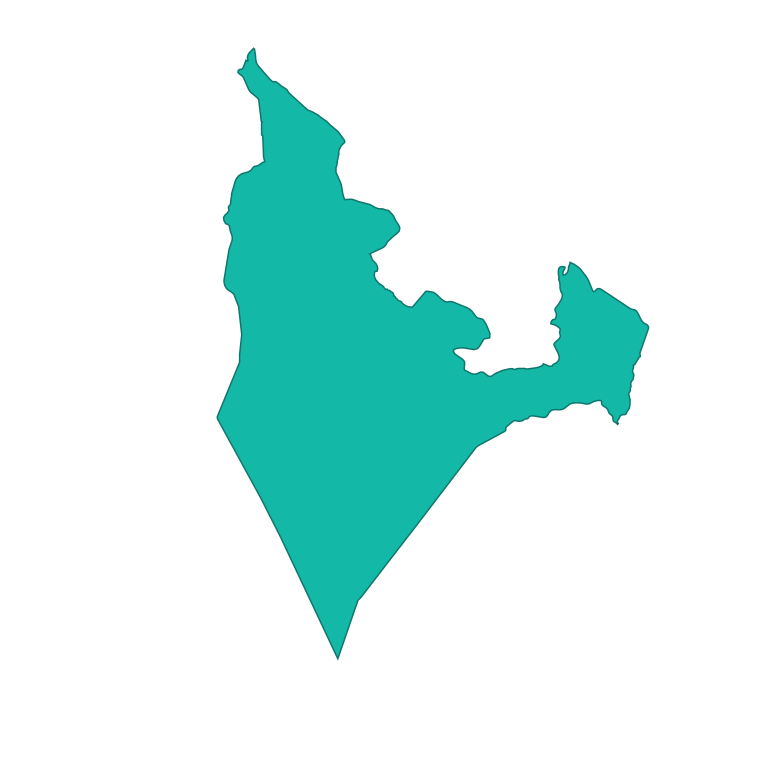 the Administrative State of Somali, rotated 109°
{"feature_id": "ETH-3134", "entity_name": "Somali", "entity_type": "Administrative State", "adm_level": 1, "iso_a3": "ETH", "parent_name": "Ethiopia", "parent_adm1": "", "projection": "mercator", "projection_center": [42.488, 7.246], "detail": "fine", "context": "isolated", "style": "filled", "palette": "teal", "viewbox_px": 768, "rotation_deg": 109, "n_neighbors": 0, "source": "natural_earth", "source_scale": "10m", "svg_char_len": 6171}
<svg xmlns="http://www.w3.org/2000/svg" viewBox="0 0 768 768"><g transform="rotate(109 384 384)"><path d="M658.8,338.2L562.7,431.7L532.5,462.8L475.9,524.9L471.0,530.2L469.2,531.0L410.8,527.6L408.6,528.2L403.2,530.1L383.6,534.6L358.3,546.6L348.5,554.7L348.0,555.3L347.6,556.0L346.8,558.1L345.7,562.4L344.7,564.4L342.8,566.5L340.5,568.0L337.9,569.1L307.5,574.3L297.5,574.4L295.5,574.9L293.3,576.0L289.8,578.8L285.5,581.4L284.4,582.4L283.9,583.6L284.0,585.5L283.7,586.3L282.8,587.0L282.0,588.2L278.9,589.9L276.2,589.4L273.5,587.9L270.5,587.0L267.9,588.5L267.0,588.7L266.1,588.5L264.5,587.8L263.5,587.8L258.6,589.0L256.9,589.1L253.8,590.0L240.6,590.7L237.3,590.3L234.3,589.1L231.6,587.0L227.6,581.4L226.0,579.9L225.0,579.3L222.0,578.3L220.9,577.7L220.3,577.1L219.2,575.2L217.7,573.5L214.0,570.9L212.6,569.1L208.7,571.7L189.1,579.3L188.7,579.6L188.4,580.6L188.0,580.9L176.9,584.8L176.7,584.8L176.3,584.6L175.7,584.6L175.7,584.8L175.7,585.2L175.5,585.6L156.0,595.0L154.8,596.5L151.9,604.3L150.8,606.3L149.6,607.8L140.7,616.0L139.1,617.9L137.8,622.0L136.7,623.7L134.8,623.8L133.8,623.1L133.3,622.3L133.0,621.4L132.4,620.7L130.5,620.1L122.8,619.9L123.4,618.7L123.1,618.1L122.3,618.0L119.5,619.6L117.1,619.7L114.7,619.2L109.2,616.6L109.9,616.0L109.5,615.5L114.5,612.8L119.8,610.5L122.2,608.9L124.2,606.4L132.6,591.9L134.4,588.0L133.6,585.5L133.5,584.2L133.8,583.0L135.8,577.7L137.1,572.2L137.5,571.4L139.8,568.6L149.5,546.0L149.8,544.4L150.0,540.7L151.2,534.0L153.0,528.9L154.3,523.8L156.6,519.2L160.4,509.4L166.3,501.0L167.6,500.0L168.6,499.9L170.3,500.9L172.5,501.9L177.0,502.7L178.3,502.6L181.5,501.5L182.0,501.4L183.6,501.5L185.5,501.0L188.0,500.8L192.6,499.8L195.5,499.8L196.1,499.5L196.5,499.2L198.1,498.9L199.2,498.5L209.0,489.6L218.0,484.6L222.5,481.3L220.3,476.0L219.8,474.3L219.7,472.5L219.8,467.6L218.9,455.8L219.4,452.6L219.8,451.0L220.0,449.4L220.1,447.8L220.0,446.2L219.7,444.9L219.2,443.5L218.8,442.1L219.0,439.5L218.5,436.5L218.9,435.1L221.3,430.8L222.3,429.4L225.9,425.9L229.0,421.8L230.3,420.6L231.8,419.7L234.8,419.5L237.8,420.9L240.7,422.9L248.4,427.0L251.5,427.5L253.0,428.0L254.4,428.7L255.7,429.7L265.7,440.0L266.4,438.6L267.4,437.7L269.7,436.1L270.7,435.0L272.8,430.8L274.5,429.0L277.1,427.4L279.6,427.2L280.5,429.2L282.0,429.2L283.4,428.8L284.9,428.3L286.2,427.5L286.6,427.2L288.2,425.6L288.7,424.9L289.0,424.3L289.1,423.8L290.0,422.6L290.6,421.4L291.6,417.1L293.4,414.5L294.0,413.1L293.3,411.9L293.9,411.2L294.0,410.5L293.8,409.2L293.9,408.5L294.5,407.4L294.6,407.0L294.8,405.4L295.5,404.5L297.6,403.4L297.4,402.6L297.7,402.1L298.1,401.8L298.4,401.5L298.5,401.5L299.2,399.6L300.1,398.3L300.4,397.6L300.5,396.8L300.4,395.4L300.5,394.7L300.7,394.2L302.0,392.3L302.8,389.5L303.1,386.5L302.3,382.6L301.9,382.1L283.0,374.7L282.4,373.7L281.9,371.9L281.4,368.5L281.3,367.1L281.5,365.9L282.3,363.4L285.2,357.0L286.2,353.5L285.9,350.8L284.8,349.0L284.2,347.5L284.0,345.9L284.8,330.8L285.4,327.3L286.7,324.3L290.1,319.4L290.9,317.7L291.0,316.1L290.6,312.4L291.1,310.9L293.5,307.8L296.1,305.2L301.9,300.2L306.0,299.1L308.5,303.6L309.3,304.3L316.7,305.8L320.2,307.2L322.1,309.9L323.9,320.3L325.0,323.6L326.5,326.5L328.3,328.8L330.4,329.2L332.6,326.6L335.1,317.6L336.7,315.2L338.0,314.5L343.5,313.1L344.6,312.2L344.9,310.8L345.0,309.1L345.6,306.1L345.6,304.4L345.5,302.7L345.1,301.2L344.4,299.9L341.3,296.6L340.6,293.8L342.6,288.0L342.1,285.5L341.0,284.4L338.2,282.4L337.0,281.3L332.7,276.5L328.9,270.5L327.8,268.0L327.7,266.9L327.8,265.2L327.5,264.7L326.4,263.6L325.7,262.3L323.6,256.4L323.5,255.4L323.4,254.0L323.2,253.5L319.2,245.5L317.2,242.6L315.0,240.3L313.0,239.9L313.4,233.8L312.6,231.1L310.2,230.3L307.8,227.7L304.8,226.6L301.7,226.9L298.8,228.8L291.6,236.1L290.4,236.3L288.8,235.7L284.1,233.1L282.4,232.6L280.8,233.0L277.9,234.9L276.6,234.9L274.4,235.4L273.0,238.8L272.5,243.0L272.8,245.8L271.3,246.2L269.7,246.0L268.3,245.4L267.5,244.1L266.7,243.3L265.3,243.1L263.7,243.2L262.3,243.6L261.0,244.2L258.9,246.1L257.7,246.7L256.4,246.6L251.7,244.9L246.6,243.9L243.9,243.8L241.5,244.4L240.9,244.8L239.2,246.6L237.9,247.6L236.5,248.5L235.1,249.1L232.1,250.2L230.8,250.9L229.6,251.7L228.5,252.7L227.9,253.0L227.3,253.1L226.6,253.2L225.9,253.3L225.3,253.6L223.3,254.9L220.6,255.9L219.1,256.2L217.8,256.3L216.4,255.8L215.5,254.9L214.9,253.6L214.5,252.0L214.7,250.8L215.9,250.6L218.6,251.2L220.2,251.1L221.7,250.7L222.6,249.9L222.0,248.6L219.0,246.9L216.1,246.9L213.1,247.5L209.7,247.5L209.0,247.4L208.4,247.6L208.9,243.3L210.1,238.8L211.0,236.4L216.5,227.9L219.9,224.0L227.7,217.2L228.6,215.9L228.0,215.0L225.3,213.9L224.3,213.0L223.7,211.4L223.7,209.8L232.6,175.6L232.6,173.9L232.3,171.3L232.4,170.1L233.0,168.8L235.1,166.2L239.9,161.5L241.6,158.6L242.0,157.0L242.2,155.3L242.7,153.7L244.0,152.4L245.3,152.0L270.0,152.1L271.8,152.0L272.9,151.5L274.0,150.8L274.7,150.6L275.1,151.1L276.6,151.7L283.9,153.2L284.2,153.5L284.3,153.9L284.7,154.2L285.2,154.3L285.6,154.1L285.8,153.8L286.3,153.6L289.8,153.4L291.5,153.0L293.4,151.1L295.0,150.5L298.4,150.1L301.6,150.9L302.8,150.9L303.6,150.7L305.8,149.7L306.4,149.6L307.5,149.7L308.0,149.6L310.0,148.9L311.4,149.1L312.4,149.5L313.3,149.5L314.6,148.9L318.8,146.2L324.3,144.5L327.2,144.2L331.5,145.3L333.0,145.3L334.2,145.8L335.8,149.2L336.8,150.1L338.2,150.4L340.8,150.7L342.3,151.1L343.1,151.3L344.0,150.9L344.6,150.2L345.2,149.6L346.2,150.0L345.4,151.3L344.8,153.9L344.3,155.0L343.3,155.8L340.7,156.9L339.8,157.9L339.3,159.2L339.0,160.2L338.6,161.2L337.7,162.2L335.5,164.0L334.7,165.0L334.1,166.5L333.5,169.1L333.1,170.3L332.4,171.4L331.2,172.1L329.9,172.5L329.1,173.0L329.2,174.4L330.4,177.2L332.1,179.8L335.5,183.1L336.4,184.4L337.1,186.1L337.9,191.8L339.1,195.9L340.8,199.7L342.4,201.7L348.3,205.5L349.8,207.0L350.9,208.9L351.7,210.9L352.2,213.0L353.4,215.9L355.1,217.6L357.4,218.6L360.2,219.1L362.5,220.1L363.7,222.1L365.5,232.1L366.3,234.6L367.7,236.1L369.3,236.5L369.8,236.8L370.4,237.4L371.0,238.8L371.4,239.5L372.0,240.0L373.3,240.8L373.8,241.4L375.3,244.2L375.6,245.4L375.8,247.5L376.1,248.6L376.8,249.6L384.8,254.4L386.0,254.5L387.5,254.0L388.5,253.9L389.4,254.4L411.8,275.0L414.2,276.4L506.4,307.0L522.0,312.3L593.4,336.4L597.0,338.2L658.8,338.2Z" fill="#14b8a6" stroke="#0f766e" stroke-width="1.5"/></g></svg>